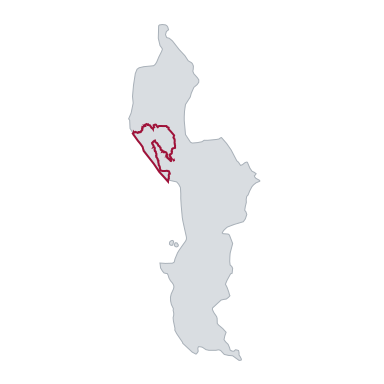 location of Mangochi, Mangochi, Malawi, rotated 183°
{"feature_id": "42251766B89682559169951", "entity_name": "Mangochi", "entity_type": "district", "adm_level": 2, "iso_a3": "MWI", "parent_name": "Malawi", "parent_adm1": "Mangochi", "projection": "orthographic", "projection_center": [35.105, -14.138], "detail": "fine", "context": "in_parent", "style": "outline", "palette": "rose", "viewbox_px": 384, "rotation_deg": 183, "n_neighbors": 0, "source": "geoboundaries", "source_scale": "gbopen_adm2", "svg_char_len": 8323}
<svg xmlns="http://www.w3.org/2000/svg" viewBox="0 0 384 384"><g transform="rotate(183 192 192)"><path d="M147.2,224.2L144.9,221.1L143.1,221.9L140.6,224.1L139.2,224.7L138.5,224.7L138.0,224.1L137.4,222.8L135.4,218.8L133.2,215.9L130.8,214.9L128.9,213.6L129.7,212.3L130.6,211.4L130.2,210.4L129.1,209.1L125.0,207.1L124.9,206.3L128.5,204.5L130.8,202.5L132.4,200.5L134.4,196.2L135.9,191.9L137.1,190.5L137.5,187.6L137.2,184.4L138.0,180.4L138.4,176.5L137.1,175.0L136.1,172.4L137.3,168.0L139.2,165.0L148.5,161.7L154.9,158.8L156.3,157.5L158.5,155.1L159.7,152.7L158.8,152.0L153.7,151.9L152.4,151.0L148.7,142.7L150.7,133.0L150.8,129.2L150.7,124.5L150.1,121.1L148.4,119.7L147.4,117.9L147.7,112.9L149.2,112.3L152.4,105.6L153.8,101.7L152.0,98.6L150.1,94.1L149.2,91.3L148.7,90.4L150.1,88.6L152.2,86.9L154.7,86.4L157.3,85.6L165.4,77.3L165.5,75.7L164.0,72.9L160.9,68.8L160.3,67.1L159.9,62.1L158.6,60.6L154.1,57.2L150.6,53.7L151.7,50.1L152.3,46.2L150.5,44.0L148.0,41.8L146.4,38.6L145.6,36.1L143.6,35.2L141.8,35.2L140.4,36.7L139.0,36.6L137.2,36.1L136.6,34.0L136.5,31.7L135.3,30.1L134.1,28.0L133.9,26.9L134.7,26.5L136.2,26.3L142.9,30.6L146.9,30.7L151.3,31.5L155.2,35.3L157.2,35.8L159.7,35.2L166.9,34.8L169.8,35.3L173.5,37.5L175.0,37.8L177.3,37.9L177.7,37.3L178.0,36.0L177.5,33.3L178.1,31.9L179.5,30.3L183.4,32.1L193.3,40.4L193.6,41.4L199.8,49.6L201.9,53.1L201.9,55.0L203.8,62.2L204.3,65.5L203.8,68.1L203.9,70.1L204.7,73.1L204.4,74.3L206.7,78.6L207.7,82.2L208.0,85.8L207.4,89.2L205.4,94.2L205.1,96.3L205.5,98.1L206.8,100.1L208.9,102.3L210.5,104.9L211.6,107.9L212.5,109.3L213.6,109.3L215.7,109.7L217.4,111.5L219.4,114.5L220.0,118.0L220.3,119.4L214.7,119.3L207.7,119.9L206.0,121.2L205.5,124.2L203.3,130.4L202.1,132.7L199.5,136.9L195.8,142.7L195.1,144.6L195.2,146.6L197.4,154.5L199.7,162.9L200.4,166.2L202.0,177.3L202.9,185.1L203.1,189.7L203.8,195.9L205.8,199.2L207.9,201.3L215.8,202.6L218.2,204.1L222.6,208.0L232.4,218.9L237.7,225.9L242.4,232.0L250.8,243.4L257.2,252.2L258.0,260.5L259.1,261.7L256.9,267.8L255.4,277.7L256.4,284.3L256.0,295.5L254.8,307.4L253.3,311.7L251.3,313.3L246.8,314.6L236.9,316.1L235.4,317.5L234.1,319.8L232.1,325.3L229.7,330.8L229.0,333.2L229.4,333.8L231.6,336.6L233.7,343.8L234.0,356.2L233.3,357.1L230.4,357.7L227.2,357.5L225.9,356.8L224.8,355.4L223.9,352.8L226.0,350.9L226.7,347.7L225.4,344.9L222.7,344.3L219.4,341.8L212.2,333.5L206.2,327.7L202.7,322.9L199.1,321.0L198.1,319.8L197.2,317.8L197.2,314.8L197.5,312.7L196.4,310.2L192.7,306.5L191.1,304.4L191.0,301.9L192.5,299.5L195.6,296.6L197.9,290.6L198.7,286.8L203.1,279.0L203.7,272.3L203.7,267.0L203.5,263.0L202.3,254.7L201.5,249.0L196.1,241.6L194.3,240.9L189.2,241.6L184.7,242.7L182.6,244.3L179.3,244.4L170.6,245.7L167.9,246.3L166.3,247.6L165.4,247.9L159.9,242.2L155.1,236.0L148.9,225.5L147.2,224.2ZM210.2,142.3L208.8,142.6L207.8,141.9L208.1,139.6L208.6,137.9L210.1,137.6L211.1,138.1L211.8,138.8L211.8,140.1L211.4,141.3L210.2,142.3ZM207.0,138.1L206.2,140.4L204.4,140.4L202.8,138.3L203.3,136.8L204.9,136.3L206.2,136.9L207.0,138.1Z" fill="#d9dde1" stroke="#a8b0b8" stroke-width="1"/><path d="M233.8,256.7L233.8,256.3L233.6,255.6L233.6,255.2L233.3,254.8L233.2,254.7L234.1,253.9L234.3,253.4L234.3,253.0L234.5,253.3L234.8,253.3L235.1,253.5L235.3,253.7L235.6,253.8L235.8,254.2L236.1,254.3L236.3,254.6L236.4,255.0L236.8,255.3L237.0,255.8L237.4,256.1L237.5,256.4L238.0,256.5L238.3,256.5L238.3,256.4L238.5,256.4L238.7,256.5L239.0,256.9L239.1,257.0L239.2,256.8L239.6,256.8L239.8,256.6L240.0,256.6L240.1,256.8L240.1,257.0L240.5,257.4L240.8,257.5L241.1,257.2L241.7,257.1L241.8,257.0L242.0,256.9L242.0,256.7L242.3,256.5L242.3,256.4L242.5,256.5L242.6,256.4L242.8,256.3L242.7,256.2L242.7,255.8L242.8,255.8L243.0,255.8L242.9,255.7L243.0,255.6L242.9,255.5L243.0,255.5L242.9,255.3L242.9,255.2L243.1,255.1L243.5,255.1L244.4,254.4L244.7,254.3L244.7,253.7L245.0,253.9L245.1,252.8L245.2,252.7L245.1,252.0L244.9,251.3L245.2,250.9L245.7,250.6L245.9,250.3L246.0,250.0L245.9,249.8L246.0,249.5L246.3,249.4L246.4,249.5L246.5,249.5L246.6,249.3L246.8,249.3L247.1,248.9L247.4,248.9L247.6,248.8L247.8,248.9L248.0,249.1L248.3,249.1L248.6,248.6L248.8,248.6L248.9,248.4L249.0,248.4L249.0,248.5L249.2,248.4L249.4,248.3L249.5,248.5L249.7,248.4L250.0,248.5L250.3,248.6L250.6,248.7L251.1,248.9L251.4,249.0L251.5,248.8L252.1,248.5L252.4,248.8L252.5,248.8L252.9,248.6L253.0,248.6L253.2,248.8L253.2,248.6L253.3,248.5L253.2,248.4L253.3,248.3L253.4,248.2L253.6,247.8L253.9,247.5L253.9,247.3L254.1,247.2L253.4,246.1L252.3,244.8L248.6,240.2L246.1,237.5L243.7,234.5L243.2,232.9L242.4,230.5L231.7,218.3L225.7,210.3L220.6,205.3L216.5,201.1L216.5,202.0L216.6,202.4L216.5,202.5L216.4,202.9L216.5,203.1L216.4,203.3L216.3,203.6L216.2,203.8L215.8,204.1L216.0,204.5L216.0,205.2L215.9,205.4L215.9,205.7L215.9,206.6L216.1,207.0L216.1,207.7L216.0,208.5L215.7,208.9L215.4,209.3L215.2,209.3L215.4,209.9L215.6,210.0L215.8,210.8L216.2,211.5L216.7,211.5L217.2,211.6L217.3,211.8L217.9,211.8L218.4,211.9L219.0,211.7L220.7,211.5L222.3,211.4L223.8,211.7L224.6,212.0L224.9,212.8L224.9,213.0L225.1,213.4L225.2,213.8L225.3,214.0L225.4,214.3L225.3,214.6L225.6,215.7L225.9,216.3L226.3,216.6L226.4,217.0L226.7,217.3L226.7,217.8L226.7,218.3L226.9,218.8L226.9,219.1L227.1,219.4L227.2,219.7L227.2,220.0L227.4,220.8L227.4,221.0L227.1,221.3L227.2,221.6L227.3,221.7L227.3,221.8L227.7,222.0L227.9,222.2L228.0,222.8L228.0,223.1L228.1,223.4L228.4,223.5L228.6,224.1L228.8,224.4L229.0,224.6L229.0,224.8L229.4,225.0L229.6,225.2L229.6,226.0L229.8,226.5L229.7,226.7L229.4,226.9L229.4,227.1L229.6,227.9L229.6,228.5L230.1,229.1L230.2,229.5L230.2,229.9L230.2,230.1L230.3,230.5L230.7,231.0L230.9,231.1L231.1,231.2L231.3,231.1L231.4,231.3L231.4,231.9L231.6,232.3L231.4,232.7L231.4,233.5L231.5,234.1L231.8,234.6L232.1,234.7L232.5,235.0L232.7,234.9L232.6,235.1L232.7,235.5L232.7,236.0L233.0,236.2L233.2,236.9L233.5,237.1L233.8,237.4L233.9,237.8L234.1,237.9L234.3,238.2L234.4,238.5L234.3,238.8L234.4,239.0L234.1,239.3L233.9,239.3L233.7,239.4L233.5,239.8L233.5,240.1L233.2,240.4L232.5,241.0L232.2,241.1L232.1,241.3L231.7,241.4L231.7,241.1L231.4,240.8L231.3,240.6L231.2,240.1L231.3,240.1L231.0,239.8L230.4,239.4L230.2,239.2L229.5,239.1L229.4,239.0L229.3,238.9L229.0,238.5L229.0,238.1L228.7,237.7L228.4,237.6L228.4,237.2L228.2,237.0L228.1,236.6L227.9,236.3L227.7,236.2L227.3,236.2L226.8,236.0L226.7,235.6L226.4,235.2L226.3,234.9L226.1,234.8L225.8,234.7L225.7,234.5L225.7,234.3L225.6,234.2L225.6,233.7L225.6,233.2L225.4,232.6L225.0,232.5L224.8,232.1L224.3,231.9L224.1,231.9L224.0,232.0L223.8,231.9L223.8,231.6L223.5,231.3L223.5,231.2L223.7,230.7L222.9,231.0L222.3,231.1L222.2,231.0L222.0,230.7L222.1,230.3L222.1,230.2L221.8,230.2L221.3,230.5L221.1,230.5L221.0,230.4L220.7,230.5L220.1,230.3L219.6,229.9L219.3,229.2L219.2,228.7L219.3,228.3L219.1,228.4L218.9,228.3L218.9,228.1L219.1,227.7L219.1,227.2L219.3,227.1L219.2,226.8L219.1,226.7L219.0,226.3L219.1,226.2L218.9,226.2L218.9,226.4L218.6,226.3L218.6,226.1L218.7,225.8L218.4,225.6L218.4,225.4L218.6,225.4L218.6,225.1L218.4,225.0L218.2,224.7L217.9,224.7L217.5,224.1L217.0,223.8L216.5,223.3L216.2,223.1L215.8,223.1L215.8,223.3L215.8,223.7L215.7,223.9L215.5,224.2L214.9,224.6L214.6,224.9L215.0,225.7L215.7,226.3L215.8,226.7L216.0,227.1L216.1,227.5L216.4,227.9L216.3,228.2L216.0,228.4L215.9,228.4L215.3,228.5L215.2,228.8L214.6,229.1L214.4,229.3L214.4,229.5L214.2,229.7L214.2,230.3L214.1,231.3L214.5,231.4L214.5,232.4L214.4,232.7L214.2,233.0L214.0,233.5L214.1,234.0L213.6,234.5L213.4,234.5L212.3,234.9L211.2,235.2L211.2,235.3L211.3,235.9L211.3,236.3L211.4,236.6L211.3,237.2L211.4,238.0L211.7,238.5L211.7,238.9L211.8,239.3L211.7,239.6L212.0,240.1L212.0,241.1L211.9,241.9L212.0,242.1L212.0,242.6L212.1,243.5L212.3,243.6L212.4,243.9L212.5,244.5L212.9,244.7L212.9,244.8L213.4,245.4L212.8,247.6L216.4,251.4L218.8,253.7L218.7,254.1L218.8,254.4L218.7,254.8L218.7,255.0L219.6,255.4L220.0,255.5L220.4,255.6L220.6,256.1L220.9,256.5L223.1,256.4L228.4,256.2L228.8,255.9L229.2,255.4L229.4,255.3L229.6,255.0L230.2,255.5L231.3,257.1L231.7,257.4L231.9,257.4L232.5,257.3L233.8,256.7ZM215.7,223.3L215.7,223.1L215.5,222.5L215.3,222.2L215.0,222.0L214.8,221.8L214.6,221.8L214.5,222.0L214.8,222.5L215.0,222.8L215.4,223.2L215.7,223.3ZM214.1,224.0L214.0,223.8L213.9,223.9L214.3,224.2L214.7,224.2L214.4,224.0L214.3,223.9L214.1,224.0ZM211.8,223.0L212.0,222.8L211.9,222.6L211.7,222.7L211.8,223.0Z" fill="none" stroke="#9f1239" stroke-width="2"/></g></svg>